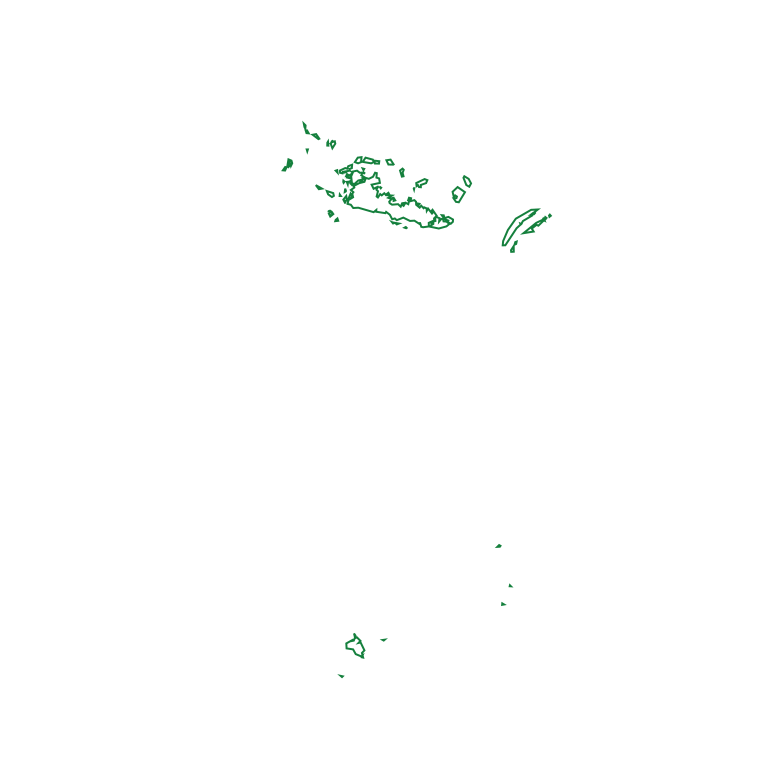 Tawi-Tawi, Tawi-Tawi, Philippines, rotated 225°
{"feature_id": "2640588B18152609363823", "entity_name": "Tawi-Tawi", "entity_type": "district", "adm_level": 2, "iso_a3": "PHL", "parent_name": "Philippines", "parent_adm1": "Tawi-Tawi", "projection": "mercator", "projection_center": [119.908, 5.883], "detail": "fine", "context": "isolated", "style": "outline", "palette": "green", "viewbox_px": 768, "rotation_deg": 225, "n_neighbors": 0, "source": "geoboundaries", "source_scale": "gbopen_adm2", "svg_char_len": 6215}
<svg xmlns="http://www.w3.org/2000/svg" viewBox="0 0 768 768"><g transform="rotate(225 384 384)"><path d="M537.1,485.6L534.2,487.3L530.2,486.7L526.8,490.5L512.8,498.2L512.5,501.6L511.3,500.3L503.8,505.8L504.2,507.2L499.6,507.8L494.7,506.3L493.4,508.7L490.8,508.9L488.0,515.3L480.9,517.7L478.0,521.0L472.0,522.3L472.5,523.0L472.2,523.3L468.8,521.5L467.2,522.5L463.7,527.1L466.3,529.6L464.2,535.2L465.7,536.5L465.7,540.2L472.9,541.5L472.7,539.5L470.7,539.8L470.6,538.5L476.8,539.2L476.2,536.7L478.1,538.3L480.6,537.3L480.8,536.7L480.3,536.6L480.3,536.3L483.8,536.4L483.5,533.9L488.0,533.5L490.2,535.5L492.5,535.5L495.4,530.6L494.0,528.3L496.9,527.4L496.1,523.8L497.2,523.6L497.9,526.1L499.0,524.6L497.6,521.2L501.2,521.1L505.1,516.5L507.9,515.9L509.2,516.6L509.5,520.2L512.6,518.7L511.6,522.9L514.7,520.2L514.4,521.8L516.1,522.3L516.6,519.0L518.7,519.1L519.0,515.8L521.0,515.6L520.2,511.6L521.8,511.4L524.6,516.1L526.5,516.0L527.1,516.4L527.6,519.9L529.4,514.7L533.7,516.2L529.1,523.3L532.8,525.9L535.3,524.6L538.2,528.0L539.7,527.1L538.3,522.8L539.8,518.4L542.5,516.9L540.8,513.1L542.3,510.6L542.9,512.0L544.1,511.2L543.4,508.9L545.4,502.7L543.9,501.9L544.6,497.8L541.3,498.0L541.0,496.1L537.9,494.2L539.2,489.0L537.1,485.6ZM396.3,567.9L400.4,587.9L400.1,593.9L400.7,593.6L401.1,593.8L400.1,594.2L401.0,597.5L398.3,608.1L398.8,609.2L399.8,607.9L399.4,611.1L399.1,609.4L398.0,610.2L398.2,612.5L398.6,611.4L399.2,611.6L398.6,616.2L403.1,611.2L407.7,594.1L405.3,580.5L400.8,569.3L398.1,566.0L396.3,567.9ZM223.5,170.6L218.2,174.5L213.0,173.0L207.5,175.3L207.2,176.9L206.4,175.1L205.3,175.8L209.4,178.2L209.5,181.8L217.8,184.7L218.9,182.9L219.0,185.7L224.0,185.7L224.5,184.4L226.2,185.9L228.8,186.4L225.3,184.3L223.9,181.2L224.7,180.0L224.7,181.1L225.2,181.0L227.2,173.9L223.5,170.6ZM463.4,527.3L455.2,532.7L451.3,539.6L450.9,543.4L454.7,543.0L456.9,541.1L458.9,542.4L460.2,541.3L459.9,537.9L462.0,540.5L464.7,539.3L465.4,537.7L462.9,535.6L464.2,533.2L463.2,532.8L462.3,532.0L463.4,527.3ZM553.9,515.8L556.9,511.2L555.5,511.3L554.0,507.6L547.9,502.7L547.7,503.7L546.3,504.4L546.1,509.7L543.0,514.7L544.6,514.6L543.3,516.6L547.6,515.5L548.6,518.4L550.4,516.3L553.9,515.8ZM461.9,563.7L459.6,565.4L462.4,576.9L471.2,575.3L471.4,568.4L466.7,565.5L467.0,567.7L465.0,568.1L464.2,566.6L466.1,564.5L461.9,563.7ZM392.0,589.3L386.0,597.6L389.4,598.4L388.7,604.4L386.8,605.1L386.7,611.2L388.2,611.5L390.3,605.6L392.0,589.3ZM500.2,557.6L503.3,548.9L500.9,547.0L500.7,548.6L498.5,548.0L497.1,549.2L498.7,550.8L496.3,555.8L497.5,558.8L500.2,557.6ZM466.5,582.9L463.2,583.8L464.3,587.4L469.2,588.9L474.1,587.7L473.6,586.0L466.5,582.9ZM564.4,502.3L562.3,503.6L563.2,504.8L559.0,510.7L560.6,511.5L559.4,513.9L561.6,516.5L563.3,512.7L562.3,510.2L564.1,509.3L566.1,503.8L564.4,502.3ZM556.1,526.0L549.1,531.0L548.1,533.6L550.5,534.8L557.1,531.0L556.1,526.0ZM561.5,520.3L558.4,521.7L557.1,524.6L560.3,528.5L562.6,525.5L561.5,520.3ZM454.0,543.6L450.1,544.5L450.0,547.4L451.5,549.1L456.6,547.7L458.0,545.2L457.0,543.7L454.2,545.0L454.0,543.6ZM540.5,543.9L536.1,542.3L532.6,545.6L532.5,546.1L538.0,547.3L540.5,543.9ZM557.6,478.6L553.0,479.4L552.5,481.6L554.9,483.1L560.9,480.0L557.6,478.6ZM606.4,469.7L605.0,469.7L605.0,472.4L606.2,470.2L606.2,471.5L608.4,472.6L609.1,474.5L608.0,475.1L607.3,473.1L606.0,473.9L604.1,472.6L605.0,475.2L607.4,476.5L610.4,475.3L606.4,469.7ZM587.2,514.2L588.4,519.5L590.4,520.8L591.9,517.9L592.0,520.3L592.5,518.7L591.4,516.1L587.2,514.2ZM518.0,543.3L517.1,544.7L520.2,546.5L521.5,549.4L523.2,549.4L523.6,546.3L518.0,543.3ZM543.1,485.6L539.0,484.3L541.0,486.2L539.8,487.5L543.6,490.2L543.1,485.6ZM546.3,533.5L543.4,536.3L544.9,538.2L548.7,535.1L546.3,533.5ZM610.7,509.8L603.5,510.8L603.2,511.7L608.7,512.7L610.7,509.8ZM540.1,489.8L539.3,490.6L538.7,493.5L542.2,494.9L540.1,489.8ZM572.8,476.4L567.8,475.7L566.0,478.3L572.8,476.4ZM556.4,503.7L553.4,505.5L555.7,508.6L556.5,505.1L557.7,505.1L556.4,503.7ZM387.5,567.4L385.8,569.3L389.8,573.2L388.8,568.4L387.5,567.4ZM544.3,465.8L540.4,464.4L540.0,468.3L542.8,468.8L544.6,468.4L544.6,467.9L545.2,467.5L545.3,467.1L545.2,466.8L544.6,466.2L545.2,466.9L545.0,467.6L540.3,468.1L540.5,465.4L544.3,465.8ZM606.6,463.6L604.9,465.0L606.1,468.2L607.3,467.6L606.6,463.6ZM616.2,506.6L614.5,508.0L617.8,508.9L618.7,507.9L616.2,506.6ZM462.5,544.2L457.5,543.3L461.0,545.5L462.5,544.2ZM533.6,464.7L531.8,467.0L534.0,468.1L534.2,465.9L533.6,464.7ZM510.2,520.3L507.9,521.5L506.7,520.3L505.9,521.8L508.9,522.5L510.2,520.3ZM497.0,531.3L495.5,533.5L496.2,534.5L498.0,533.4L497.0,531.3ZM620.2,508.9L622.3,511.4L624.8,511.4L622.0,509.5L620.2,508.9ZM569.0,500.7L566.3,500.6L568.3,502.1L569.0,500.7ZM188.7,349.0L187.0,350.9L187.2,351.9L188.7,351.5L188.7,349.0ZM592.7,512.5L591.9,513.2L595.0,515.8L594.7,514.6L592.7,512.5ZM463.3,530.7L462.7,532.3L464.5,533.1L464.7,531.3L463.3,530.7ZM547.5,492.0L547.2,493.1L547.4,493.6L549.6,494.7L547.5,492.0ZM390.2,574.8L389.6,576.5L390.9,578.5L391.5,577.2L390.2,574.8ZM487.6,534.1L486.0,535.6L486.3,536.5L488.1,535.3L487.6,534.1ZM604.5,495.2L602.8,494.3L603.7,496.0L604.5,495.2ZM550.1,502.3L549.6,503.5L551.2,504.3L551.5,503.1L550.1,502.3ZM490.1,505.8L487.8,505.9L486.9,508.0L490.1,505.8ZM385.2,619.2L385.0,620.9L386.5,621.0L386.4,619.8L385.2,619.2ZM551.5,521.3L549.7,520.7L550.1,522.1L551.5,521.3ZM553.2,500.6L550.9,499.6L552.4,501.6L553.2,500.6ZM145.2,312.5L144.3,311.4L143.2,313.0L145.2,312.5ZM386.3,614.6L386.5,616.3L388.0,616.1L387.6,615.1L386.3,614.6ZM554.8,497.7L555.0,499.2L556.5,499.1L555.7,498.1L554.8,497.7ZM547.6,518.5L546.3,519.5L548.0,519.2L547.6,518.5ZM526.8,520.4L524.7,520.1L524.8,520.8L526.8,520.4ZM388.0,612.1L386.1,612.9L388.3,613.5L388.0,612.1ZM480.0,509.1L478.5,509.8L478.4,510.4L479.6,510.4L480.0,509.1ZM202.7,203.7L203.9,202.1L202.8,202.4L202.7,203.7ZM208.2,147.0L206.5,147.1L206.5,148.1L208.2,147.0ZM548.0,502.1L546.9,502.1L546.7,503.5L548.0,502.1ZM548.3,485.6L547.5,486.4L549.2,486.7L548.3,485.6ZM152.6,330.7L152.1,329.9L151.2,330.7L152.6,330.7ZM501.5,544.6L501.2,543.7L501.1,543.2L500.3,542.8L501.5,544.6ZM558.0,504.9L557.6,505.8L557.5,506.5L558.5,506.3L558.0,504.9ZM562.3,504.5L561.6,505.3L561.0,506.5L561.9,506.3L562.3,504.5ZM492.8,504.1L491.1,503.9L490.6,505.0L492.8,504.1Z" fill="none" stroke="#15803d" stroke-width="2"/></g></svg>